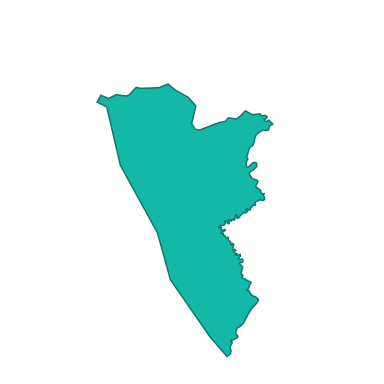 the district of Villa Sara, Treinta y Tres, Uruguay, rotated 309°
{"feature_id": "84410073B51130607975683", "entity_name": "Villa Sara", "entity_type": "district", "adm_level": 2, "iso_a3": "URY", "parent_name": "Uruguay", "parent_adm1": "Treinta y Tres", "projection": "robinson", "projection_center": [-54.408, -33.348], "detail": "fine", "context": "isolated", "style": "filled", "palette": "teal", "viewbox_px": 384, "rotation_deg": 309, "n_neighbors": 0, "source": "geoboundaries", "source_scale": "gbopen_adm2", "svg_char_len": 6113}
<svg xmlns="http://www.w3.org/2000/svg" viewBox="0 0 384 384"><g transform="rotate(309 192 192)"><path d="M295.5,195.7L290.0,190.2L288.6,182.3L281.9,181.9L276.6,180.5L272.5,173.5L267.8,173.4L262.8,169.3L244.6,158.7L242.8,155.0L245.1,148.6L261.3,140.8L263.2,129.6L260.7,114.7L260.9,105.5L252.5,100.8L247.7,95.5L240.2,86.8L238.2,82.8L228.4,82.1L225.3,80.6L219.9,71.8L212.0,68.3L209.9,60.3L202.1,61.7L204.5,72.2L167.7,119.5L138.5,190.9L110.2,230.5L90.6,297.7L86.2,322.6L89.7,323.7L90.9,323.6L91.4,323.2L91.9,322.8L92.5,322.8L92.9,322.3L93.3,321.9L93.4,321.7L93.9,321.4L94.2,320.9L94.7,320.0L95.1,319.4L95.4,319.5L95.6,319.4L95.5,319.2L95.8,319.1L96.2,318.9L96.9,318.8L97.1,318.7L97.1,318.4L97.9,318.5L99.0,318.4L100.3,317.9L100.6,317.4L100.7,316.9L100.4,316.1L101.0,315.6L102.5,316.8L103.4,317.2L104.2,317.2L107.0,318.9L108.6,318.7L109.2,317.6L109.1,316.6L109.6,314.8L114.4,312.7L118.5,314.2L122.7,314.6L127.4,313.5L133.2,312.4L139.2,311.7L143.7,312.1L147.7,312.2L149.7,311.7L150.6,310.2L150.5,307.8L149.4,303.5L150.2,300.5L150.6,299.4L150.8,298.8L151.1,298.3L150.6,297.7L150.3,297.3L150.1,297.0L150.4,296.9L150.8,296.8L151.4,296.8L153.2,296.5L154.5,296.1L155.0,295.3L155.5,295.0L156.1,295.1L156.6,295.3L158.9,294.9L158.8,293.3L158.1,291.3L157.8,289.4L157.8,287.3L156.8,285.9L157.1,284.4L159.0,284.3L159.5,283.0L159.1,281.7L160.2,280.8L162.0,280.5L162.8,279.6L164.1,279.5L165.6,278.6L165.8,277.6L166.0,275.6L166.2,274.0L167.7,273.8L168.5,275.3L170.7,275.1L171.5,273.1L169.6,271.6L169.5,269.8L170.9,269.8L172.5,270.1L173.8,268.6L171.6,267.3L170.6,265.7L172.3,265.6L171.3,264.0L172.2,262.4L174.0,262.9L174.3,261.3L172.5,260.2L174.2,259.0L175.8,258.0L177.3,257.6L177.5,256.9L177.7,256.5L177.2,255.8L176.6,255.8L175.9,255.9L175.6,255.4L175.7,254.8L176.4,254.5L177.0,253.8L177.6,253.1L177.6,252.2L177.5,251.1L177.7,250.2L178.2,249.7L178.7,249.4L179.1,249.2L179.4,248.8L179.3,248.4L178.8,248.2L178.3,248.0L178.0,247.5L178.2,246.8L178.3,246.2L178.5,245.6L178.7,245.2L178.7,244.8L178.3,244.4L178.1,244.0L178.4,243.5L179.1,242.9L179.4,242.4L179.2,242.1L178.9,241.8L178.5,241.4L178.4,240.9L178.4,240.5L178.6,240.1L178.9,240.0L179.4,240.0L179.8,240.3L180.3,240.8L180.6,241.1L181.0,241.3L182.2,241.7L182.6,241.9L183.2,241.9L183.5,241.6L183.5,241.0L183.1,240.8L182.6,240.6L182.0,240.3L181.6,239.8L181.2,239.3L181.1,238.8L181.5,238.3L182.1,238.0L182.5,237.5L182.9,237.2L183.1,236.7L182.8,236.2L182.4,236.0L181.7,235.9L181.2,235.8L181.1,235.3L181.3,234.9L181.8,234.6L182.4,234.9L182.9,235.0L183.3,235.1L184.0,235.4L184.7,235.8L185.2,236.2L185.6,236.7L185.9,237.1L186.2,237.5L186.7,237.9L187.3,237.9L187.8,237.6L188.2,237.5L188.8,237.5L189.1,237.3L189.2,236.8L189.3,236.5L189.7,235.9L190.2,235.8L190.8,236.0L190.9,236.4L190.9,237.1L190.7,237.6L190.6,238.2L190.4,238.6L190.1,239.0L190.1,239.5L190.1,240.0L190.4,240.5L190.8,240.7L191.3,240.6L191.9,240.3L192.3,239.7L192.6,239.0L192.7,238.5L193.2,238.0L193.6,238.1L193.9,238.6L194.1,239.1L194.3,239.7L194.0,240.5L194.2,240.9L194.8,241.0L196.0,240.6L196.3,240.6L196.6,240.8L196.9,241.2L196.9,241.5L196.7,241.8L196.7,242.2L196.9,242.6L197.4,242.6L197.9,242.4L198.4,242.1L199.0,241.5L200.3,241.0L200.8,240.7L201.7,240.4L202.1,240.5L202.3,240.8L202.1,241.8L201.7,242.3L201.1,242.6L200.5,242.6L200.2,243.0L200.1,243.3L200.2,243.8L200.6,244.2L201.0,244.4L201.7,244.7L202.2,244.7L204.2,244.4L204.9,244.4L205.6,244.4L206.1,244.5L206.5,244.7L207.5,244.9L207.9,245.1L208.3,245.2L208.7,245.1L208.9,245.4L209.1,246.0L209.2,246.5L209.6,246.8L210.1,247.0L211.0,247.3L211.5,247.3L211.9,247.3L212.2,247.2L212.4,246.9L212.4,246.4L212.2,246.0L212.1,245.5L212.3,245.0L212.6,244.9L212.9,244.8L213.2,244.9L213.6,245.1L213.8,245.4L214.0,245.9L213.9,246.3L213.7,246.8L213.7,247.2L214.2,247.9L214.4,248.1L214.7,248.5L215.1,248.6L215.3,248.5L215.6,248.3L215.9,248.0L216.2,247.6L216.7,247.4L217.0,247.4L217.8,247.7L218.5,248.0L218.9,247.9L219.6,247.4L220.0,247.3L220.5,247.4L220.7,247.7L220.9,248.2L221.0,248.7L221.0,249.0L221.2,249.3L221.4,249.5L221.8,249.4L222.2,249.1L222.6,248.8L223.1,248.4L223.4,248.0L223.9,247.8L224.3,247.7L224.7,247.7L225.2,247.9L225.7,248.1L226.1,248.4L226.6,248.8L227.1,249.1L227.7,249.3L228.9,249.7L229.2,250.0L229.4,250.4L229.3,250.8L229.3,251.2L229.4,251.6L229.8,252.2L230.3,252.7L230.9,253.0L231.6,253.1L232.2,252.9L232.8,252.5L233.3,251.7L234.2,250.0L234.5,249.4L234.9,249.1L235.4,249.1L235.9,249.3L236.2,249.1L235.9,248.7L235.5,248.4L235.1,248.0L234.9,247.6L234.8,247.1L234.9,246.6L235.0,246.1L235.4,245.5L236.2,244.4L236.5,243.7L236.5,243.1L236.4,242.4L236.5,241.6L236.4,240.9L236.0,240.3L236.0,239.7L236.1,239.2L236.2,238.6L236.5,238.0L237.1,237.8L237.9,237.6L238.6,237.4L239.5,237.2L240.5,236.9L241.2,236.8L242.0,236.3L242.0,235.4L241.9,234.5L241.6,233.6L241.2,232.7L240.8,231.8L240.5,230.6L240.6,229.5L240.8,228.7L241.2,227.8L241.5,227.0L241.6,226.1L242.0,225.3L242.5,224.7L243.2,224.4L243.7,224.5L245.4,224.9L247.6,225.7L248.8,225.9L249.5,226.0L250.2,226.1L251.0,226.1L251.8,226.2L252.8,226.1L253.6,225.5L254.4,224.6L255.0,223.7L254.8,222.9L254.4,222.1L253.4,221.1L252.9,220.9L252.0,220.7L251.2,220.6L250.4,220.6L249.8,220.5L249.1,220.5L248.3,220.3L247.3,220.1L246.4,219.7L246.1,218.9L246.3,218.1L246.7,217.5L247.5,217.1L248.1,216.6L248.7,216.0L249.4,215.5L250.1,215.2L251.0,214.9L252.9,214.5L253.4,213.7L253.4,213.1L253.7,212.4L254.3,212.0L255.0,211.9L256.2,211.7L258.1,210.7L259.2,210.2L260.1,209.9L260.7,209.5L261.5,209.2L262.5,208.9L263.5,209.1L264.5,209.4L265.4,209.6L266.3,209.8L267.6,209.7L270.5,208.7L271.6,207.9L273.2,207.1L275.2,206.3L276.3,206.0L277.6,206.1L279.3,206.3L280.6,206.7L281.5,207.0L282.6,207.4L284.0,207.8L285.1,208.5L285.6,209.4L286.2,210.6L286.7,211.3L287.4,211.8L287.9,212.2L288.9,212.3L289.6,212.0L290.2,211.5L291.1,211.0L292.3,210.8L293.7,211.1L294.7,211.9L295.3,212.2L295.8,211.6L295.9,210.3L295.9,208.8L296.0,207.9L296.1,207.1L296.0,206.2L295.2,205.8L294.5,206.0L293.6,205.5L293.1,204.4L293.0,203.5L293.2,202.8L293.6,202.4L294.9,203.2L295.6,203.5L296.9,203.3L297.8,202.7L297.8,201.7L297.5,200.7L296.8,200.0L296.0,199.3L295.5,198.3L295.1,197.6L294.9,196.6L295.0,195.9L295.5,195.7Z" fill="#14b8a6" stroke="#0f766e" stroke-width="1.5"/></g></svg>